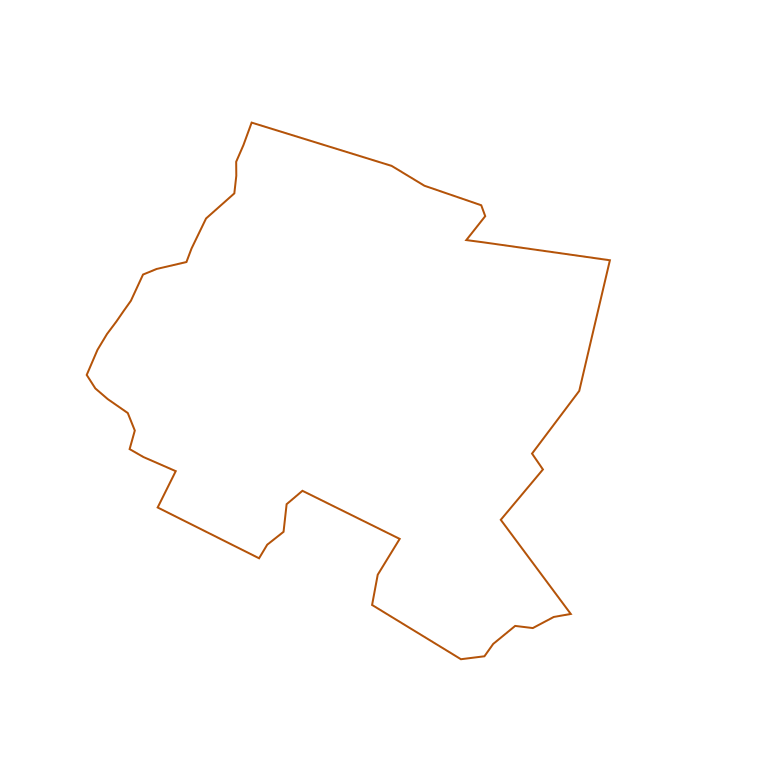 outline of Vespasiano Corrêa, Rio Grande do Sul, Brazil, rotated 27°
{"feature_id": "56859067B34356818702196", "entity_name": "Vespasiano Corrêa", "entity_type": "district", "adm_level": 2, "iso_a3": "BRA", "parent_name": "Brazil", "parent_adm1": "Rio Grande do Sul", "projection": "orthographic", "projection_center": [-51.871, -29.065], "detail": "fine", "context": "isolated", "style": "outline", "palette": "amber", "viewbox_px": 768, "rotation_deg": 27, "n_neighbors": 0, "source": "geoboundaries", "source_scale": "gbopen_adm2", "svg_char_len": 789}
<svg xmlns="http://www.w3.org/2000/svg" viewBox="0 0 768 768"><g transform="rotate(27 384 384)"><path d="M120.7,424.7L118.9,436.9L117.2,449.7L114.5,465.2L113.2,483.6L115.0,510.9L128.8,519.0L144.8,522.9L168.9,526.2L183.1,538.6L186.9,557.5L203.0,558.3L238.0,556.2L238.4,596.8L351.8,596.0L352.9,580.2L361.6,561.3L351.8,535.3L359.8,516.2L468.3,514.9L465.0,556.8L473.7,586.3L577.5,594.3L597.1,581.0L599.3,566.0L610.7,540.0L627.4,533.9L641.0,514.5L654.8,504.1L549.7,452.0L564.4,388.0L547.5,378.8L561.1,301.5L547.6,246.7L529.1,171.2L407.8,212.8L392.0,218.4L398.0,188.5L389.5,180.6L330.0,189.0L291.8,186.2L147.4,211.2L150.3,235.0L151.4,253.1L157.9,265.6L164.1,282.1L150.3,317.3L151.0,350.7L152.6,365.0L129.2,384.7L119.6,395.9L120.7,424.7Z" fill="none" stroke="#b45309" stroke-width="2"/></g></svg>